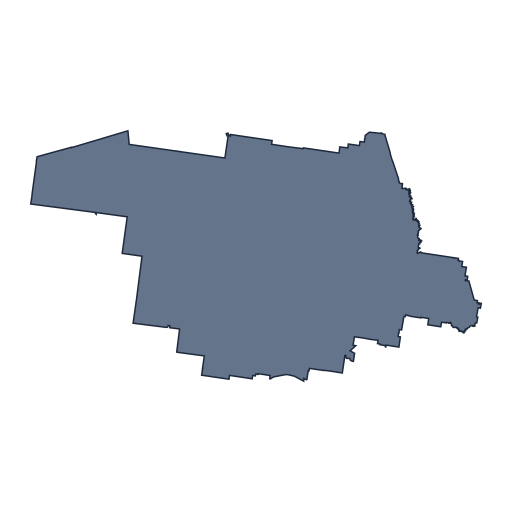 the district of Bland, New South Wales, Australia
{"feature_id": "25037944B54195415642362", "entity_name": "Bland", "entity_type": "district", "adm_level": 2, "iso_a3": "AUS", "parent_name": "Australia", "parent_adm1": "New South Wales", "projection": "robinson", "projection_center": [147.412, -33.919], "detail": "fine", "context": "isolated", "style": "filled", "palette": "slate", "viewbox_px": 512, "rotation_deg": 0, "n_neighbors": 0, "source": "geoboundaries", "source_scale": "gbopen_adm2", "svg_char_len": 6046}
<svg xmlns="http://www.w3.org/2000/svg" viewBox="0 0 512 512"><path d="M37.1,156.7L36.7,159.2L36.4,160.1L36.4,162.3L32.3,192.3L31.8,197.1L30.7,204.0L95.7,212.5L95.5,213.6L96.2,214.3L96.4,212.6L127.2,216.8L122.2,253.4L142.0,256.2L136.5,299.3L133.1,323.2L166.5,327.4L167.2,327.3L167.7,326.9L168.0,326.4L168.1,325.5L169.9,325.7L169.7,327.7L179.6,329.0L176.7,352.1L177.3,352.3L204.3,355.9L202.4,369.2L202.6,369.1L201.6,375.2L229.0,379.2L229.5,375.4L252.2,378.8L252.7,375.5L255.4,375.9L255.7,374.0L258.1,374.4L258.2,373.7L270.1,375.5L269.7,378.0L270.1,379.0L273.3,377.1L274.7,376.7L284.1,374.9L286.3,374.6L288.0,374.7L294.4,376.2L303.7,381.2L303.9,378.4L306.2,379.7L306.9,379.5L308.2,370.8L309.0,370.9L309.4,368.4L324.0,370.5L324.1,370.3L331.0,371.2L342.3,373.0L344.9,355.5L345.1,355.3L345.9,355.5L345.9,357.2L346.6,358.4L349.7,358.4L350.1,359.7L350.4,360.2L352.0,361.2L353.4,361.4L354.6,353.3L350.1,350.8L355.8,345.7L353.1,345.2L354.4,336.8L363.8,338.1L369.9,339.3L378.0,340.3L377.5,343.6L380.0,344.0L379.9,344.7L384.6,345.5L385.3,346.2L385.5,347.0L385.8,347.0L386.1,345.1L398.9,347.1L400.4,336.9L398.1,336.5L398.6,333.0L398.9,333.1L399.4,329.6L401.6,329.9L403.9,316.6L404.1,316.4L405.3,316.6L405.7,314.9L408.0,315.3L408.0,315.7L410.4,316.1L410.9,316.4L421.0,317.9L421.1,317.3L428.7,318.5L427.8,324.8L440.8,326.8L441.6,322.2L446.2,322.9L446.2,322.4L448.6,322.8L448.6,323.1L449.0,323.3L449.3,323.2L449.3,322.8L450.3,322.4L450.4,323.1L451.0,323.0L451.3,323.3L451.2,323.7L451.6,324.8L451.4,325.3L451.6,325.8L452.0,325.8L452.6,326.1L452.9,327.1L453.9,327.6L455.1,327.1L455.9,327.2L456.1,327.6L456.7,327.4L456.9,327.6L457.3,327.6L457.6,327.8L457.2,328.5L457.5,328.9L457.9,328.9L458.0,328.4L459.0,329.3L459.0,329.7L458.7,329.9L458.9,330.5L459.3,330.7L459.0,331.1L459.3,331.4L459.9,331.2L460.4,331.3L460.5,331.0L461.2,331.1L461.1,331.4L461.5,331.5L461.9,331.3L462.0,331.7L462.2,331.9L462.7,332.1L463.3,332.8L463.5,332.6L464.0,332.7L463.9,332.0L464.5,331.8L464.1,331.3L464.4,330.8L464.9,331.0L465.0,330.4L465.5,330.5L465.4,330.1L465.6,329.9L465.6,329.3L465.9,329.5L466.1,329.2L466.5,329.3L467.1,329.0L467.2,328.3L467.6,328.2L468.0,327.7L468.8,327.6L469.4,327.2L469.7,326.5L470.8,325.7L471.7,325.6L472.4,326.1L473.1,326.2L473.3,326.0L473.2,325.4L473.4,325.3L473.9,325.5L473.8,326.0L474.0,326.3L474.7,326.2L475.1,323.1L476.8,322.9L477.8,317.1L476.5,316.8L478.1,307.8L480.4,308.2L481.3,303.4L479.5,303.1L479.4,304.1L478.2,303.9L478.4,302.8L477.0,302.6L477.4,300.6L474.2,300.0L468.9,281.0L465.3,280.6L465.4,279.8L467.2,280.1L467.7,276.3L465.0,275.8L466.4,267.2L461.8,266.5L462.6,261.5L459.0,260.9L459.1,260.5L458.1,260.3L458.4,258.4L454.5,257.8L454.5,258.1L452.4,257.7L452.5,257.5L421.3,252.8L420.8,251.9L419.4,252.4L419.5,252.6L417.4,253.3L417.2,251.6L417.6,251.1L417.3,250.9L417.3,250.5L418.5,249.6L418.3,249.1L418.7,248.9L418.7,248.3L419.9,248.3L419.8,247.8L418.7,247.7L418.2,247.0L418.3,246.0L418.7,245.5L418.6,245.1L418.7,244.4L419.0,244.0L419.6,243.8L419.1,243.4L419.9,242.9L420.0,242.2L421.0,242.1L420.8,241.3L420.9,241.0L421.6,240.8L421.3,240.4L420.7,240.2L420.5,240.8L420.2,240.9L420.0,240.5L420.0,239.8L419.9,239.8L419.3,240.5L418.8,240.4L418.8,239.2L419.1,238.6L418.9,238.3L418.3,238.4L417.5,236.6L417.5,235.8L418.2,235.4L418.1,235.1L417.6,234.7L418.0,234.4L417.9,233.5L418.3,233.2L418.2,232.4L418.5,232.0L418.5,231.5L418.2,231.2L418.7,230.8L419.1,230.0L419.7,229.9L420.0,229.2L420.7,229.1L421.0,228.6L420.7,228.1L420.3,228.1L419.7,227.8L419.5,227.2L418.6,226.7L418.9,226.2L418.8,225.8L419.0,225.6L419.7,225.6L419.9,225.4L419.7,225.0L419.2,224.9L418.7,224.2L419.3,223.5L419.1,223.1L418.7,223.1L418.5,222.7L418.9,221.8L418.6,221.6L417.7,221.9L417.5,221.4L418.3,221.1L418.2,220.8L417.8,220.5L416.7,220.3L416.4,220.7L416.1,220.4L416.2,220.2L416.8,219.6L416.4,219.2L416.2,218.4L415.9,218.4L415.7,218.7L416.1,219.1L416.1,219.3L415.6,219.3L415.2,219.7L414.8,219.6L414.9,220.0L413.4,219.9L413.4,219.3L412.8,219.2L412.9,218.7L413.6,218.2L413.5,217.7L413.2,217.8L413.3,217.4L413.7,217.3L414.0,217.0L413.5,216.9L413.9,216.4L413.9,216.1L413.6,215.9L413.1,216.2L413.0,215.8L413.3,215.6L414.1,215.5L414.3,214.9L413.9,214.2L414.2,213.7L413.8,213.6L413.3,214.1L413.0,214.0L413.0,213.3L413.4,213.3L413.6,213.0L412.7,212.7L413.4,212.1L413.1,211.7L413.2,211.1L412.9,211.1L412.5,211.6L412.3,211.4L412.5,210.8L412.9,210.4L413.2,210.5L413.2,210.8L413.5,210.7L413.4,210.2L413.0,210.1L412.8,209.4L413.5,209.4L413.5,209.1L412.5,209.1L412.9,208.4L412.3,208.0L413.0,207.2L412.4,207.0L413.1,206.5L412.9,206.4L412.1,206.5L412.4,205.6L411.7,205.8L411.5,205.5L412.4,204.9L412.1,204.8L411.7,205.1L411.4,205.2L411.1,204.7L411.1,204.2L410.7,203.7L410.9,203.5L411.5,203.7L411.3,202.9L411.6,202.3L410.9,202.2L410.4,202.5L410.5,201.7L409.9,201.7L409.6,201.5L410.5,200.6L410.0,200.2L410.5,199.7L410.1,199.4L410.5,198.8L410.6,198.1L411.2,198.1L411.7,198.7L412.0,198.7L412.0,198.3L411.2,197.6L410.4,197.3L410.4,196.7L410.8,196.4L410.8,196.1L409.9,196.3L409.8,197.0L409.4,196.8L409.2,196.4L410.1,195.5L410.1,195.1L409.9,194.8L409.3,194.6L409.1,194.2L408.6,194.0L408.7,193.2L409.0,192.8L409.3,192.8L410.0,193.4L410.7,192.7L410.6,192.4L409.7,192.2L409.3,191.6L408.9,191.4L409.3,190.7L409.7,190.6L410.3,190.9L410.4,190.5L409.6,189.8L409.1,189.7L409.8,189.1L409.5,188.7L409.0,188.8L408.2,189.7L407.5,190.0L407.1,189.8L407.0,189.2L406.7,188.8L406.5,189.0L406.5,189.5L406.1,189.7L405.9,189.4L405.9,188.5L405.6,188.2L402.6,188.6L401.9,188.3L402.2,186.9L402.2,185.5L402.4,184.8L402.5,183.7L402.0,183.4L401.4,183.7L401.0,183.7L399.3,182.8L399.2,181.5L398.5,180.5L398.6,179.1L393.1,162.4L392.0,159.7L390.6,155.1L390.0,152.1L384.9,134.9L384.9,134.3L382.3,133.9L381.6,133.0L381.1,132.9L380.8,133.3L380.4,133.3L369.4,132.2L365.3,135.3L364.3,142.1L360.0,141.5L359.4,145.6L348.3,144.0L347.8,147.9L339.8,146.9L339.0,153.1L303.5,147.9L303.4,148.6L302.6,148.6L288.3,146.8L271.6,144.3L272.1,140.6L230.6,134.5L230.3,136.2L228.4,134.2L227.9,133.1L226.2,133.7L227.1,136.0L228.1,136.1L224.9,158.0L129.2,144.4L127.9,130.8L71.6,147.6L71.6,147.2L37.1,156.7Z" fill="#64748b" stroke="#1e293b" stroke-width="1.5"/></svg>